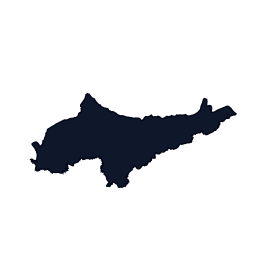 San Pedro De Uraba, Antioquia, Colombia (Mercator projection), rotated 241°
{"feature_id": "7082276B58704209579915", "entity_name": "San Pedro De Uraba", "entity_type": "district", "adm_level": 2, "iso_a3": "COL", "parent_name": "Colombia", "parent_adm1": "Antioquia", "projection": "mercator", "projection_center": [-76.341, 8.35], "detail": "fine", "context": "isolated", "style": "filled", "palette": "ink", "viewbox_px": 256, "rotation_deg": 241, "n_neighbors": 0, "source": "geoboundaries", "source_scale": "gbopen_adm2", "svg_char_len": 5680}
<svg xmlns="http://www.w3.org/2000/svg" viewBox="0 0 256 256"><g transform="rotate(241 128 128)"><path d="M147.5,27.7L146.1,28.3L145.4,27.4L145.2,27.4L144.3,28.8L143.5,28.0L143.1,28.8L143.2,29.4L138.7,29.5L138.6,28.6L136.1,26.7L134.9,27.4L135.0,27.7L134.2,28.5L134.3,29.4L134.7,29.6L134.4,29.9L134.6,29.9L134.7,31.3L134.2,31.9L134.4,32.1L134.0,32.5L134.0,32.8L134.1,33.4L133.9,33.3L133.4,34.1L133.1,34.0L133.2,34.5L132.7,35.1L131.7,35.0L131.8,35.5L131.4,35.9L131.1,38.1L130.5,37.9L130.2,38.2L128.9,38.6L128.8,39.2L126.9,39.3L126.2,39.6L126.3,39.9L125.4,40.1L125.7,41.7L124.9,42.2L123.9,43.6L123.9,44.2L122.5,46.4L121.7,46.8L121.2,47.4L121.1,48.0L121.3,48.3L120.9,48.4L121.7,49.4L120.6,49.4L121.0,49.7L120.9,50.2L121.6,50.6L121.1,50.8L121.3,51.3L120.7,51.5L121.4,51.7L121.3,52.1L120.8,52.4L120.6,52.9L120.9,53.1L120.5,53.5L120.8,53.7L120.4,54.6L121.2,54.6L121.3,54.3L121.7,54.1L121.7,55.0L122.3,54.4L121.9,55.8L122.5,55.6L122.6,55.9L123.0,55.7L123.8,56.6L125.2,56.2L125.1,56.9L125.9,56.9L125.7,57.5L126.3,57.9L121.7,61.6L122.3,62.6L122.7,62.6L123.6,63.5L122.9,65.4L123.2,66.4L122.7,67.2L122.6,68.0L123.3,69.2L123.5,70.7L124.4,71.4L124.3,72.4L123.7,73.9L123.3,73.9L123.1,73.4L122.4,73.4L122.1,74.7L121.6,75.1L122.2,75.8L122.3,76.6L121.1,77.4L120.9,78.7L120.3,78.8L120.0,79.5L119.5,79.5L119.3,80.2L119.8,80.6L119.8,81.0L119.3,81.2L119.3,81.5L118.3,81.9L118.6,83.4L118.4,84.0L117.9,84.2L118.5,84.9L117.5,86.0L117.7,87.3L117.4,87.8L117.6,88.1L117.1,88.8L116.2,88.5L116.1,88.9L115.4,89.3L115.2,89.0L114.9,89.5L114.8,89.3L114.7,89.5L113.8,89.8L113.0,89.7L112.8,89.4L112.2,89.7L111.6,89.4L111.3,89.6L111.0,89.3L109.7,89.4L109.6,88.6L109.0,88.7L109.1,88.4L108.4,88.4L108.1,87.8L107.8,87.8L107.6,87.3L107.3,87.2L107.6,87.0L107.2,86.4L107.6,86.2L107.3,85.7L107.1,86.0L107.0,85.5L106.0,85.6L106.0,84.9L105.7,84.7L104.3,84.7L104.1,84.4L103.9,84.6L102.8,83.5L102.5,84.2L101.7,84.5L101.2,85.6L100.7,85.7L100.3,85.7L99.3,84.8L99.0,85.2L98.3,85.2L98.0,85.5L97.7,85.3L96.4,85.6L95.5,85.3L94.7,85.4L94.0,84.8L92.7,84.6L91.7,85.0L90.7,84.9L90.3,85.2L89.8,85.2L89.0,84.5L89.2,84.4L88.8,83.2L88.2,82.1L87.6,81.3L87.2,81.3L86.7,82.8L86.1,83.1L86.0,84.0L86.1,84.6L86.7,84.8L87.1,85.6L86.6,86.8L87.0,87.1L87.3,87.0L87.9,89.0L86.9,89.9L85.1,90.6L84.8,91.3L80.9,91.1L80.3,91.8L80.2,93.3L79.6,93.4L79.1,94.3L79.0,95.0L79.3,95.8L78.4,97.4L78.7,98.1L79.2,97.9L79.8,98.5L80.5,98.5L80.4,99.5L79.7,99.6L79.6,100.3L80.0,101.1L80.6,101.5L80.5,102.2L80.9,102.7L83.0,102.7L84.0,101.9L84.7,102.2L85.4,103.1L86.1,102.6L86.3,103.4L86.0,104.3L87.4,104.8L87.5,105.5L88.7,107.0L89.4,109.8L89.5,111.3L90.7,111.9L91.1,114.5L91.6,115.2L91.5,115.8L90.7,115.9L90.0,116.4L89.0,116.2L87.7,116.9L87.1,117.6L86.9,118.6L87.3,120.1L88.0,121.3L88.3,122.9L87.8,123.9L87.0,124.3L87.1,125.0L86.7,125.6L86.8,126.9L87.8,126.9L87.5,128.0L88.2,128.5L88.5,129.5L88.4,130.6L87.9,130.7L87.8,130.9L88.7,131.8L88.5,132.6L89.4,133.4L90.2,133.6L90.0,134.0L90.0,135.7L89.2,135.9L88.7,137.1L89.5,137.7L91.7,138.3L92.5,139.3L92.1,139.7L92.4,140.4L93.0,140.5L92.7,141.3L91.3,141.3L90.2,143.1L91.0,145.6L89.7,147.6L90.2,150.5L89.7,151.4L91.0,153.9L89.8,154.9L88.8,155.2L88.5,157.3L87.5,157.4L87.0,160.3L87.1,162.0L87.8,163.7L88.4,164.3L88.7,165.6L88.6,167.1L87.8,167.1L87.6,168.2L87.4,168.3L87.4,169.7L86.9,170.2L86.4,172.8L86.0,173.8L85.6,174.1L85.9,174.4L85.8,175.1L85.4,175.2L85.0,176.4L85.4,176.6L85.6,177.1L86.1,176.6L86.9,178.5L88.1,180.1L89.6,179.7L90.5,180.0L90.4,181.3L90.9,182.4L90.5,183.5L90.0,183.9L90.4,184.6L90.0,186.0L90.1,186.9L89.0,188.5L89.4,190.7L87.4,191.4L86.3,191.2L86.0,191.4L85.7,192.5L84.4,193.0L84.0,194.2L83.9,196.2L84.3,197.1L83.8,197.9L83.7,200.5L84.3,202.8L83.6,203.5L84.4,205.1L84.6,206.5L85.0,206.9L85.1,207.9L86.5,208.5L86.5,209.6L87.0,210.2L88.3,210.3L88.8,210.7L88.7,212.9L87.9,213.9L88.3,214.2L87.8,215.2L88.2,215.7L88.4,216.9L88.9,217.2L88.7,218.9L87.7,221.2L88.0,221.6L88.6,221.6L88.5,222.2L89.0,223.1L88.3,226.9L87.6,227.9L88.0,229.3L91.8,227.9L95.3,227.4L97.9,226.5L98.9,225.4L100.1,215.1L100.0,211.2L100.4,209.8L101.6,208.5L102.0,208.4L104.3,210.4L106.0,211.2L107.2,211.1L107.8,210.6L108.4,209.2L108.4,208.4L109.2,207.6L110.4,208.0L112.7,209.7L114.9,210.6L116.6,209.1L116.6,208.4L116.0,207.4L113.8,205.5L111.6,202.6L109.1,200.6L107.7,196.8L107.5,194.2L107.6,191.6L108.6,187.4L109.9,185.5L111.8,184.8L112.0,183.6L113.2,180.9L114.0,180.0L115.0,177.6L115.7,176.9L115.4,176.2L115.4,174.1L117.8,172.0L117.5,171.0L117.7,170.2L118.4,168.3L119.1,167.9L119.4,167.2L119.0,165.2L119.4,162.7L120.8,161.4L122.1,161.1L123.5,160.1L123.8,159.6L123.7,158.5L124.7,157.0L124.9,156.1L125.6,155.3L126.3,154.9L127.9,154.6L127.7,153.1L128.0,150.8L129.3,148.8L129.0,147.6L127.7,145.1L127.8,143.7L128.6,143.0L130.0,142.9L131.3,142.1L133.0,139.3L134.1,136.7L134.9,136.5L138.4,131.8L140.9,129.6L141.9,128.1L142.1,127.2L144.8,125.1L146.5,124.6L149.4,122.8L150.1,121.3L151.9,120.2L152.3,119.6L154.6,119.6L157.3,116.5L158.3,116.0L159.2,115.0L161.7,114.7L162.4,113.8L164.7,113.1L167.4,112.6L169.8,112.5L172.0,110.9L176.3,110.3L177.6,109.0L177.5,107.4L176.8,107.1L174.3,104.4L171.0,97.8L169.8,97.2L168.4,97.7L167.6,96.4L166.4,96.1L164.9,95.1L164.4,93.9L164.7,93.3L164.5,92.1L162.2,89.5L162.5,87.1L162.9,86.3L162.9,85.1L164.2,82.1L164.6,78.1L165.6,76.7L165.8,75.9L166.2,66.1L165.8,64.6L166.0,63.0L165.7,57.0L163.6,55.2L163.2,53.7L161.9,53.1L160.3,51.4L159.7,50.3L158.3,49.3L158.0,48.6L157.9,47.4L155.9,46.1L155.0,44.8L154.6,43.3L154.7,42.1L154.9,41.8L155.3,41.6L156.8,42.0L158.7,41.6L160.0,41.1L160.6,40.1L160.8,37.0L160.5,36.4L159.9,36.2L156.4,36.8L154.5,36.9L153.3,36.6L151.9,36.9L151.0,36.4L149.3,36.1L147.9,35.4L143.2,31.9L144.7,30.9L145.3,29.5L147.0,29.1L147.5,28.4L147.5,27.7Z" fill="#0f172a" stroke="#020617" stroke-width="1.5"/></g></svg>